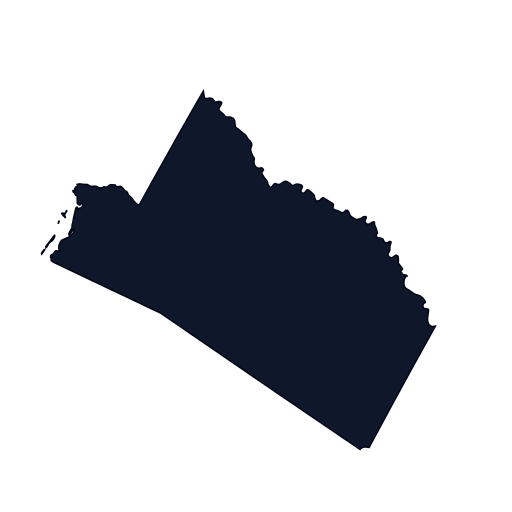 SVG path tracing the border of Mississippi, rotated 119°
{"feature_id": "USA-3544", "entity_name": "Mississippi", "entity_type": "State", "adm_level": 1, "iso_a3": "USA", "parent_name": "United States of America", "parent_adm1": "", "projection": "albers", "projection_center": [-90.036, 32.591], "detail": "fine", "context": "isolated", "style": "filled", "palette": "ink", "viewbox_px": 512, "rotation_deg": 119, "n_neighbors": 0, "source": "natural_earth", "source_scale": "10m", "svg_char_len": 5980}
<svg xmlns="http://www.w3.org/2000/svg" viewBox="0 0 512 512"><g transform="rotate(119 256 256)"><path d="M359.7,430.7L359.4,431.1L359.4,432.0L359.4,432.9L358.7,433.4L357.8,433.5L357.4,434.0L357.1,434.5L356.7,435.1L355.1,435.8L353.9,435.3L352.6,434.5L350.8,434.1L349.9,434.1L349.1,433.9L348.4,433.5L347.9,431.9L347.0,431.2L346.8,430.3L346.2,430.3L345.0,432.3L341.9,433.6L338.5,433.9L336.5,433.7L329.3,428.3L323.7,426.8L322.0,427.6L321.0,427.9L319.9,427.9L319.9,428.4L328.4,429.5L327.2,430.5L325.1,430.7L320.9,430.6L320.0,430.9L317.8,432.0L316.9,432.2L315.8,432.4L310.9,434.1L306.6,435.3L302.3,436.6L301.4,436.8L300.2,436.5L300.0,435.9L300.6,435.1L301.6,434.6L300.4,433.9L298.2,432.2L296.7,431.9L296.0,432.2L295.1,432.9L294.4,433.7L294.4,434.4L295.0,434.6L296.6,434.6L296.9,434.9L297.0,436.4L296.8,437.4L296.2,438.1L289.9,441.7L290.4,442.8L290.2,443.6L289.0,445.0L288.8,445.9L288.8,446.5L288.5,447.1L287.6,447.8L287.2,447.2L287.5,446.8L287.3,446.6L286.7,446.1L286.1,446.9L285.2,447.2L284.1,447.2L283.4,446.7L282.9,446.7L282.8,446.9L282.3,446.4L281.5,446.1L280.6,446.4L280.1,447.2L278.5,445.4L276.5,440.6L275.2,438.3L275.3,435.0L274.9,433.7L272.9,430.6L272.5,429.3L272.4,428.7L272.5,427.2L272.5,426.6L272.3,426.0L271.1,423.9L269.2,422.6L268.3,420.1L267.2,419.3L265.0,418.5L263.9,417.4L262.1,413.5L263.0,411.9L262.4,410.5L261.4,409.3L260.7,408.1L260.8,406.7L261.3,405.0L262.6,402.1L262.2,400.6L262.8,399.2L264.5,397.2L265.5,392.6L267.1,389.7L268.0,386.8L268.4,384.0L268.2,382.9L265.7,382.9L262.7,382.9L261.4,382.9L257.5,382.9L251.5,382.9L243.7,382.9L234.5,382.9L225.9,382.9L224.2,382.8L213.2,382.8L201.8,382.7L190.4,382.7L179.4,382.6L169.1,382.5L159.9,382.4L152.1,382.3L146.1,382.2L142.3,382.1L140.9,382.1L137.7,382.0L137.3,382.0L142.7,377.7L142.3,375.6L140.3,373.1L139.5,370.8L139.6,370.1L140.4,368.7L140.5,367.8L140.7,367.5L141.0,366.7L141.2,365.8L140.8,365.4L139.9,364.8L138.8,363.4L138.2,361.8L138.3,360.5L139.3,360.0L140.9,359.9L144.1,360.0L145.6,359.7L146.4,358.9L146.9,357.6L147.9,352.5L148.5,351.8L148.7,351.1L148.8,349.5L148.7,349.1L147.8,347.4L147.2,346.5L146.9,345.9L146.6,342.4L148.2,340.1L153.0,336.7L153.1,336.2L153.5,335.3L153.5,333.4L154.9,326.6L155.0,325.0L155.3,323.6L157.4,319.9L158.3,316.9L159.0,315.6L160.0,314.2L161.2,313.4L164.1,312.8L165.4,312.4L166.7,311.4L169.8,307.8L170.3,307.1L170.9,305.5L171.5,304.8L172.1,304.4L174.2,303.7L176.7,302.0L178.2,299.3L178.2,296.4L176.2,294.0L176.2,293.5L176.2,292.7L176.5,291.9L177.1,291.2L180.7,291.4L183.1,287.4L185.2,282.4L188.3,279.4L188.3,278.8L188.9,278.6L189.1,277.4L188.6,276.2L187.1,275.6L184.8,275.2L183.7,274.8L183.2,274.2L182.7,271.0L181.2,269.5L179.1,268.6L176.9,267.3L176.1,266.1L175.9,264.8L176.0,261.6L176.2,260.8L176.5,259.9L176.7,259.0L176.6,258.0L176.1,257.4L174.5,256.4L173.8,255.8L173.0,254.7L172.5,253.3L172.1,251.8L172.0,250.1L172.8,249.0L174.5,248.7L176.3,248.6L177.5,248.3L178.6,246.6L178.3,245.2L177.1,244.2L173.8,243.6L173.0,243.0L172.9,241.8L173.4,238.6L174.5,234.8L175.2,234.0L176.0,233.6L177.0,232.5L178.0,231.1L178.7,229.7L177.4,228.1L176.6,227.3L175.7,227.0L174.7,226.8L173.6,226.4L172.7,225.8L172.3,225.0L172.5,222.4L172.9,214.1L173.5,213.2L174.8,212.6L176.2,212.2L177.0,211.7L177.5,210.3L177.3,208.9L176.6,206.3L176.6,202.3L176.2,201.4L175.4,200.6L173.3,199.8L172.6,199.7L171.7,198.1L172.4,196.4L174.9,193.2L175.3,191.7L175.5,189.4L175.5,187.0L175.4,185.6L173.2,183.3L171.9,182.2L170.7,181.7L169.6,181.1L168.6,179.8L168.4,178.5L169.4,177.9L171.0,177.9L172.5,177.7L173.6,176.9L174.2,175.2L174.0,173.3L172.9,172.2L170.2,170.8L168.9,169.4L169.1,168.7L170.1,168.2L171.3,167.3L174.0,163.8L174.5,163.3L175.0,163.0L176.4,161.6L177.0,161.1L177.8,161.0L179.6,160.9L180.2,160.6L181.1,158.9L180.7,157.4L180.0,156.1L179.6,153.4L180.9,151.6L181.8,149.7L180.8,147.5L179.9,147.0L179.0,146.6L178.4,146.1L178.1,145.0L178.7,144.4L182.2,143.7L183.1,143.3L185.9,141.8L187.4,141.6L188.9,141.6L190.2,141.5L191.3,140.9L192.2,139.5L192.0,136.4L187.3,134.0L187.3,131.8L188.2,130.9L191.4,128.9L192.5,128.6L193.3,127.9L195.9,122.1L196.2,121.6L196.6,121.5L197.5,121.5L198.6,122.0L199.2,122.1L199.5,121.8L199.7,121.0L200.6,119.5L200.9,118.9L200.8,117.9L200.2,116.4L200.0,115.2L200.0,114.5L200.3,114.1L201.1,114.7L201.6,115.0L202.4,115.1L205.1,114.8L206.6,114.2L209.0,112.9L211.2,110.7L211.7,108.3L211.7,105.6L212.4,98.9L211.3,93.4L211.8,90.0L213.0,87.2L213.9,85.7L214.7,85.4L216.0,86.2L217.4,86.3L218.8,85.9L219.4,85.2L220.4,84.1L220.1,82.7L219.3,81.1L219.1,79.7L219.8,78.7L227.1,75.9L230.2,73.9L232.4,71.2L232.4,67.8L230.5,65.4L230.3,65.1L238.7,65.1L247.2,65.1L255.7,65.1L264.1,65.1L272.6,65.1L281.0,65.1L289.5,65.0L298.0,65.0L306.4,64.9L314.9,64.9L323.4,64.8L331.8,64.7L340.3,64.6L348.7,64.5L357.2,64.4L365.7,64.3L368.0,64.2L368.6,64.2L369.8,67.4L371.4,69.7L373.6,71.1L374.7,71.2L374.6,72.5L374.4,75.4L374.3,76.0L374.1,78.0L373.8,81.2L373.4,85.5L373.0,90.9L372.4,97.1L371.7,104.3L371.0,112.2L370.2,120.9L369.4,130.1L368.5,139.9L367.5,150.1L366.6,160.6L365.6,171.4L364.5,182.4L363.5,193.4L362.5,204.5L361.4,215.4L360.4,226.2L359.4,236.8L358.4,246.9L357.5,256.7L356.6,265.9L355.8,274.6L355.0,282.5L354.3,289.7L353.7,296.0L353.2,301.3L352.8,305.6L352.5,308.8L352.3,310.8L352.2,311.5L352.7,318.9L353.2,326.4L353.6,333.8L354.1,341.3L354.5,348.7L355.0,356.2L355.5,363.6L356.0,371.1L356.4,378.5L356.9,386.0L357.4,393.4L357.8,400.9L358.3,408.3L358.8,415.8L359.2,423.2L359.7,430.7L359.7,430.7ZM343.4,442.6L344.9,443.3L349.1,443.3L350.6,443.8L350.0,444.1L349.3,444.4L335.6,442.4L335.6,441.9L337.3,441.3L339.6,441.3L341.8,441.7L343.4,442.6ZM314.9,441.5L314.9,441.9L314.5,442.2L314.4,442.4L314.4,443.2L314.2,444.1L313.1,446.5L312.7,446.4L312.3,446.2L312.1,445.9L312.4,445.7L312.7,445.2L313.1,444.9L312.5,444.3L312.1,444.9L311.5,444.0L310.5,443.7L308.3,443.8L308.3,443.3L311.9,443.4L313.6,442.9L314.4,441.5L314.9,441.5ZM353.0,444.4L353.0,443.8L358.2,444.3L357.7,444.9L355.3,444.8L353.0,444.4ZM322.9,444.7L323.8,444.6L322.8,445.0L321.0,445.2L321.1,444.9L322.9,444.7Z" fill="#0f172a" stroke="#020617" stroke-width="1.5"/></g></svg>